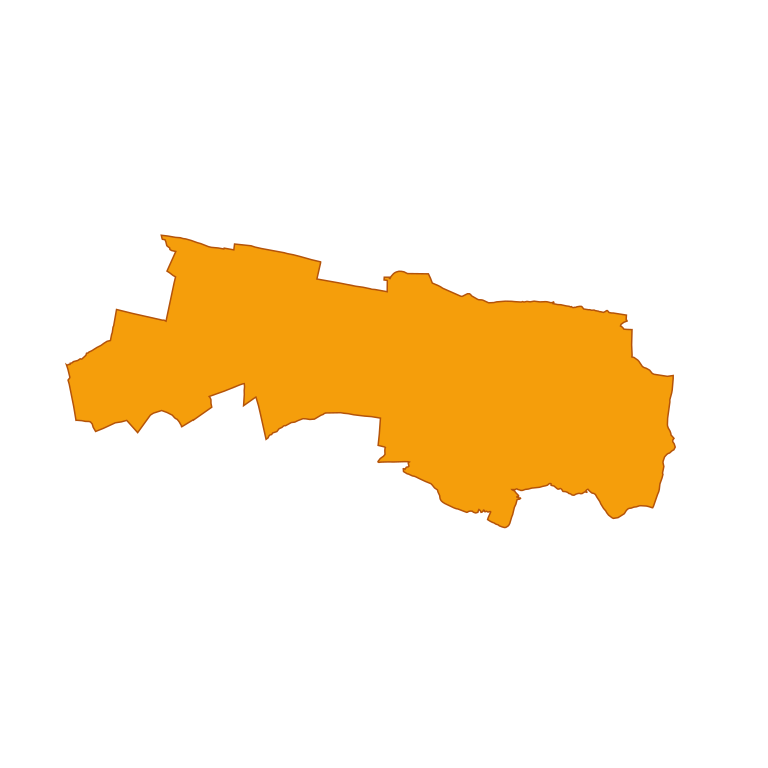 Bacesti, Vaslui, Romania (orthographic projection), rotated 295°
{"feature_id": "2599482B65523487656623", "entity_name": "Bacesti", "entity_type": "district", "adm_level": 2, "iso_a3": "ROU", "parent_name": "Romania", "parent_adm1": "Vaslui", "projection": "orthographic", "projection_center": [27.228, 46.823], "detail": "fine", "context": "isolated", "style": "filled", "palette": "amber", "viewbox_px": 768, "rotation_deg": 295, "n_neighbors": 0, "source": "geoboundaries", "source_scale": "gbopen_adm2", "svg_char_len": 6153}
<svg xmlns="http://www.w3.org/2000/svg" viewBox="0 0 768 768"><g transform="rotate(295 384 384)"><path d="M548.9,574.6L545.2,561.7L544.4,559.9L543.9,557.6L544.5,556.6L544.9,555.3L544.4,554.5L543.5,554.2L541.6,552.6L541.1,550.0L540.6,548.5L540.6,547.5L539.8,544.5L539.8,543.2L538.6,541.0L538.3,539.1L537.7,537.9L536.4,533.3L537.7,530.7L537.7,529.8L537.0,528.4L535.4,526.1L534.5,525.4L534.2,524.5L533.5,523.8L533.0,522.4L533.3,521.1L532.7,520.4L532.7,519.1L531.8,516.2L530.6,510.8L529.4,507.9L528.3,503.2L529.8,503.4L530.0,503.0L529.1,502.2L528.2,501.0L527.6,497.6L527.0,495.8L524.3,490.6L522.5,485.0L520.2,481.7L519.3,478.7L517.4,476.2L517.3,474.8L516.3,473.8L513.9,467.7L512.9,464.8L510.4,459.1L506.0,451.3L504.2,449.1L501.8,444.5L501.8,438.5L501.6,437.2L500.4,434.2L500.3,433.2L500.9,426.2L501.7,424.6L501.9,423.3L501.1,421.5L496.4,417.8L496.0,416.5L495.6,396.8L496.0,394.2L496.1,391.9L495.9,385.1L499.5,381.4L502.6,377.7L494.0,358.6L494.1,354.7L493.4,352.0L492.4,349.8L490.8,347.9L489.6,346.9L488.0,346.0L484.3,344.9L482.1,344.9L482.0,344.3L483.1,343.8L480.9,339.1L478.3,340.1L479.1,342.6L479.2,343.1L478.9,343.4L469.0,347.9L465.8,335.8L464.7,332.9L464.5,331.3L462.8,324.0L460.7,317.2L456.5,300.1L450.8,278.8L467.1,275.3L467.9,274.9L466.0,265.7L464.1,254.1L462.8,247.2L461.3,241.2L460.8,238.1L455.0,215.7L453.6,209.3L453.1,205.1L447.7,189.4L442.1,191.2L439.6,181.7L438.7,181.8L437.2,176.2L434.9,169.8L434.3,166.9L433.8,158.6L433.2,155.1L432.6,148.5L431.7,143.0L430.9,140.4L430.5,137.6L428.8,133.1L426.8,125.7L424.7,119.3L421.9,121.5L421.5,122.0L422.2,124.5L420.7,126.2L417.8,128.5L417.4,129.1L416.7,132.3L415.4,133.2L415.2,135.1L416.1,139.3L394.6,139.6L394.2,142.6L393.2,147.1L393.0,149.8L386.7,151.1L348.8,159.9L348.9,157.6L348.2,156.2L341.7,126.4L338.5,110.1L322.5,114.4L321.0,114.4L315.8,116.0L313.7,116.2L307.8,117.7L305.7,115.0L302.3,112.8L299.5,111.3L295.8,108.4L290.4,104.9L288.3,103.1L287.3,102.7L286.8,102.4L286.2,101.4L284.0,101.7L279.0,99.6L278.7,99.3L278.4,98.0L275.9,96.5L272.9,92.9L272.0,92.7L271.1,92.1L270.1,90.8L269.5,91.2L269.1,91.2L268.2,89.6L267.0,88.9L267.2,88.1L263.9,91.2L257.4,96.4L256.8,96.6L254.0,96.0L250.8,98.8L232.3,112.4L220.9,120.2L221.3,120.9L223.1,125.7L223.9,129.1L225.3,132.4L225.6,133.9L224.5,136.4L221.9,138.7L219.1,142.7L225.1,148.3L235.3,156.9L238.7,162.0L242.3,166.2L235.8,181.3L257.1,185.4L260.2,187.4L266.0,193.7L266.5,199.5L266.3,205.3L264.9,208.5L264.6,209.8L264.6,211.4L264.0,212.7L263.2,214.3L260.7,217.8L259.7,218.6L259.8,218.8L270.9,226.2L270.7,226.5L290.2,237.7L293.3,235.4L296.6,233.8L297.8,232.6L298.8,230.8L310.1,242.3L322.4,253.8L324.5,256.0L325.3,257.2L322.5,258.8L319.1,260.0L315.3,261.9L305.0,265.9L317.6,273.1L318.0,273.5L311.2,279.5L305.6,283.9L284.0,300.5L286.2,301.7L288.3,301.7L289.7,302.2L290.7,303.5L292.6,303.8L295.6,307.0L299.1,307.8L301.6,309.9L303.5,310.7L304.2,311.4L304.6,312.4L309.9,316.3L311.8,319.3L314.7,321.7L318.3,325.2L319.4,327.9L320.5,331.7L322.8,335.8L329.1,340.1L330.7,341.7L331.8,342.2L333.1,343.4L339.7,356.9L340.6,360.2L342.0,364.1L343.3,369.5L346.7,379.9L349.1,386.3L351.6,395.2L336.4,401.0L325.9,404.6L327.2,411.2L327.0,412.1L326.2,412.1L324.2,412.8L320.9,414.5L320.5,414.6L318.4,414.1L314.9,412.1L311.2,411.3L310.8,411.6L310.8,412.5L311.8,414.0L315.5,421.4L317.2,425.3L322.4,435.6L323.9,439.0L324.0,439.9L323.1,439.4L322.5,439.4L320.1,441.3L319.1,440.9L318.0,439.4L315.6,439.1L315.7,437.8L315.3,437.3L312.9,438.7L312.4,443.1L312.7,444.0L312.7,448.5L313.2,450.6L313.3,452.5L313.2,455.7L313.2,462.9L313.5,468.6L312.8,470.5L311.2,473.7L310.6,477.2L308.9,478.6L306.4,481.6L304.2,483.0L303.2,483.9L302.3,485.3L301.7,487.3L301.4,489.6L301.3,499.3L301.5,502.2L301.9,503.4L302.1,505.8L302.6,513.1L303.0,513.7L304.5,514.8L305.4,516.1L306.0,517.8L305.6,519.1L305.8,521.3L306.1,521.9L307.4,523.3L309.6,523.0L310.4,523.1L310.0,524.6L308.7,526.2L309.3,527.0L310.3,527.2L311.0,527.9L311.6,527.5L311.9,527.7L311.7,528.5L310.9,529.1L310.9,529.6L312.0,530.7L311.9,532.4L313.1,533.7L313.4,534.5L313.1,534.8L307.2,534.9L304.9,535.2L304.5,538.3L304.4,540.8L304.6,542.2L304.3,544.6L304.6,547.1L304.2,548.5L304.4,551.4L304.8,553.8L305.5,555.0L307.6,556.4L308.9,556.8L310.8,556.9L317.6,555.9L319.9,555.8L327.2,554.3L330.9,554.3L335.3,553.5L335.7,553.7L337.0,555.6L338.1,556.0L338.3,555.4L337.6,554.8L337.9,553.9L337.7,552.2L338.1,552.1L338.6,553.0L339.0,553.3L339.4,553.4L339.8,553.0L341.2,549.4L342.1,547.7L342.3,546.2L342.2,545.0L342.4,544.6L343.8,547.6L344.8,548.2L345.1,548.7L345.0,550.2L345.3,551.5L345.3,552.9L346.1,554.5L348.2,556.6L349.7,559.1L352.1,561.9L356.1,568.6L358.3,571.1L360.1,573.5L361.4,574.9L363.4,575.8L364.0,576.5L364.2,577.3L364.0,577.8L363.1,578.0L362.8,578.3L363.4,581.1L362.2,585.7L362.6,586.9L363.5,587.5L363.9,588.2L363.5,589.8L362.5,591.1L362.3,591.7L363.1,593.8L363.3,595.1L363.3,596.5L362.9,597.9L363.3,599.4L362.9,601.0L363.1,602.2L363.5,603.2L365.5,604.7L366.9,606.3L367.5,607.4L367.7,608.6L368.4,609.8L371.0,611.5L371.3,612.2L371.5,613.5L371.8,613.6L372.2,612.3L372.5,612.1L373.8,612.5L374.8,613.3L373.9,615.4L373.2,617.8L373.1,618.6L373.5,620.5L373.2,622.3L371.4,624.8L368.7,629.2L367.0,631.1L364.0,635.6L362.7,638.6L361.5,640.2L360.1,642.9L359.2,646.9L359.1,648.6L361.8,652.6L368.0,656.6L371.9,657.1L373.9,657.9L374.9,658.7L376.0,660.5L378.0,662.5L379.4,664.7L381.5,666.9L382.2,668.1L384.3,673.4L384.8,675.9L385.2,679.3L385.4,679.8L387.1,679.9L399.5,678.6L402.5,678.5L404.9,678.0L410.0,676.3L416.3,675.7L420.0,675.0L420.9,674.1L421.6,673.9L427.5,672.5L430.6,670.1L432.0,669.6L436.5,669.1L439.5,670.0L440.9,670.7L442.2,672.0L445.4,673.4L446.9,674.5L449.9,674.6L452.4,672.3L453.7,670.1L455.3,669.4L457.3,669.8L459.1,665.7L460.6,664.7L462.3,663.0L464.4,660.0L464.9,659.7L465.5,658.9L467.0,658.0L472.9,655.5L488.5,650.7L490.5,649.7L497.5,648.5L500.5,647.7L511.1,643.8L513.9,642.5L510.7,637.6L506.9,624.5L507.0,622.5L508.8,618.9L509.1,615.1L508.8,612.6L509.1,610.7L512.3,605.4L512.9,603.9L513.7,599.4L513.3,597.2L514.9,596.7L524.1,591.9L538.1,585.8L536.2,581.3L535.1,578.3L535.8,577.0L536.5,575.0L536.5,573.8L538.2,573.6L541.3,575.3L543.8,577.7L544.4,577.1L544.4,576.5L544.6,576.3L548.9,574.6Z" fill="#f59e0b" stroke="#b45309" stroke-width="1.5"/></g></svg>